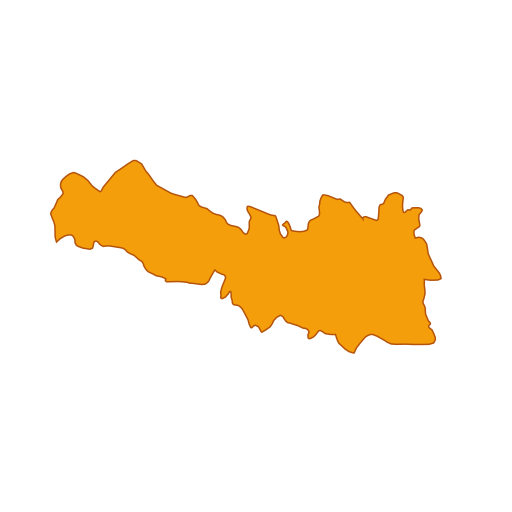 Cao Bang, Cao Bằng, Vietnam (Albers equal-area conic projection), rotated 151°
{"feature_id": "81297802B72621516483988", "entity_name": "Cao Bang", "entity_type": "district", "adm_level": 2, "iso_a3": "VNM", "parent_name": "Vietnam", "parent_adm1": "Cao Bằng", "projection": "albers", "projection_center": [106.26, 22.649], "detail": "fine", "context": "isolated", "style": "filled", "palette": "amber", "viewbox_px": 512, "rotation_deg": 151, "n_neighbors": 0, "source": "geoboundaries", "source_scale": "gbopen_adm2", "svg_char_len": 5474}
<svg xmlns="http://www.w3.org/2000/svg" viewBox="0 0 512 512"><g transform="rotate(151 256 256)"><path d="M402.0,401.5L402.1,401.4L405.3,398.9L409.3,395.9L412.0,394.9L413.5,393.9L414.6,393.1L415.2,392.1L415.4,390.8L416.0,386.5L416.3,383.6L417.2,380.1L419.5,375.6L421.5,371.8L422.5,369.9L423.1,367.4L423.5,366.1L423.7,364.9L418.9,366.1L413.0,366.2L410.4,365.5L408.4,364.7L406.9,363.3L406.3,361.7L406.3,359.8L406.6,357.8L407.9,355.0L407.9,352.4L406.7,350.4L403.4,346.7L398.0,342.5L396.1,342.1L395.3,342.1L394.0,343.2L391.9,345.7L390.7,346.9L389.7,346.9L388.6,346.6L387.5,345.1L387.0,342.2L386.2,340.3L384.9,338.4L383.2,337.8L379.7,336.2L373.3,331.2L369.9,328.5L368.4,327.0L367.4,325.2L366.5,321.7L364.9,319.0L363.4,317.1L362.3,315.6L361.4,313.2L360.1,309.3L358.5,306.6L358.3,305.3L358.3,304.3L358.9,301.2L358.8,298.3L358.6,296.7L357.7,294.2L355.3,290.9L352.7,286.9L351.1,285.7L348.3,283.1L345.9,279.8L347.0,278.9L347.2,278.1L346.6,276.7L342.5,274.6L335.9,271.1L332.4,268.8L328.9,266.3L327.0,264.2L325.8,263.6L324.2,262.5L317.6,257.6L314.7,256.2L312.7,256.1L309.9,256.8L305.7,259.6L299.2,263.6L298.7,263.7L297.7,260.7L296.8,259.5L294.9,257.0L293.0,254.9L292.8,253.3L292.8,252.3L294.2,250.7L298.7,247.1L301.1,245.1L304.4,241.6L305.5,239.1L306.0,238.1L306.8,237.0L307.1,236.2L306.7,235.5L306.2,235.1L302.8,234.9L298.4,236.4L296.3,237.7L295.6,237.4L295.4,237.1L295.6,236.2L296.1,234.9L297.6,232.3L298.4,228.8L299.4,226.3L299.4,224.9L298.9,224.0L295.6,221.5L294.4,219.2L293.7,216.4L293.7,211.6L293.9,204.1L295.0,199.7L295.2,196.9L295.3,196.0L294.8,195.5L294.4,195.3L291.8,196.0L290.1,195.8L288.6,193.6L288.1,192.7L288.2,188.1L288.1,187.1L287.8,186.5L284.9,186.6L284.1,186.6L281.7,186.8L277.9,187.2L274.5,189.0L272.0,190.9L267.7,192.3L264.2,192.3L263.3,192.3L261.9,190.0L261.8,187.3L261.4,184.2L260.7,182.5L258.7,180.7L253.1,174.7L249.8,170.1L247.6,168.5L246.5,166.6L246.3,165.5L246.6,164.0L247.1,163.2L248.8,161.9L249.8,159.9L250.1,158.9L249.6,157.9L247.9,157.4L245.1,157.4L242.7,157.9L237.6,160.1L236.5,159.9L235.8,159.6L234.4,157.3L233.1,154.6L229.1,151.4L225.1,149.0L224.5,148.9L225.3,145.1L225.8,142.0L225.8,139.4L225.4,138.1L224.6,136.0L223.3,131.6L220.9,127.1L217.5,123.7L216.8,123.8L215.1,125.2L212.4,127.1L207.0,129.4L204.1,130.5L199.6,132.1L196.7,132.3L193.4,131.7L191.7,130.5L188.8,126.9L184.2,119.4L183.4,117.6L180.5,113.6L176.4,110.9L167.9,106.4L161.5,102.5L154.9,98.8L147.5,94.9L143.0,93.8L142.9,93.9L141.9,94.3L139.6,96.0L138.7,97.9L138.2,101.5L137.9,106.2L138.7,107.8L139.3,109.3L139.3,110.2L138.8,111.1L137.9,111.6L136.7,111.9L136.1,112.6L136.1,113.6L136.6,115.5L136.5,117.8L135.8,123.1L134.5,125.9L133.3,128.3L132.8,131.0L132.8,133.5L132.0,135.5L130.4,136.8L126.4,141.1L124.5,145.1L123.0,148.8L120.1,154.0L119.9,153.7L115.1,150.2L112.1,148.6L108.5,146.8L105.1,146.5L104.1,149.4L103.9,152.1L104.5,155.8L105.4,161.2L105.1,164.1L104.6,171.1L104.3,174.5L102.5,179.3L100.9,183.9L101.1,186.9L101.4,189.6L102.3,191.4L104.0,193.1L105.4,193.8L108.0,194.4L107.4,197.9L106.1,200.9L104.5,202.0L98.8,202.5L97.9,203.3L97.4,204.5L95.9,209.1L94.0,212.3L93.0,213.2L89.8,214.5L88.3,215.5L88.4,216.4L88.8,217.8L90.6,219.5L96.1,222.4L97.2,222.1L98.4,221.5L99.1,221.5L99.9,222.3L100.9,222.8L103.0,222.4L104.3,221.9L105.2,222.2L105.8,222.9L105.3,225.0L104.2,227.6L102.4,230.7L98.7,235.9L98.8,237.8L100.4,240.5L100.6,240.8L102.3,243.2L104.9,244.4L110.5,245.1L115.3,242.9L118.6,240.3L120.6,239.9L121.9,240.6L123.0,240.4L124.8,238.9L127.5,234.5L131.2,229.1L132.2,228.6L133.5,228.8L137.0,232.7L140.8,237.1L142.8,237.9L144.1,237.7L144.4,237.3L144.6,236.7L145.7,242.0L146.7,246.7L147.3,250.5L147.9,255.7L148.1,257.6L148.9,257.9L150.5,258.6L152.3,260.3L154.0,263.5L154.5,264.9L157.8,266.4L163.7,273.8L167.1,276.6L167.9,276.9L168.2,277.0L171.2,275.1L173.7,272.8L175.2,270.5L177.4,268.1L178.9,264.2L180.2,261.7L181.1,260.9L182.2,260.4L184.3,260.5L187.6,260.5L191.0,260.8L192.7,260.3L194.7,258.7L196.9,255.5L197.9,254.4L198.3,254.0L200.6,254.1L202.5,254.5L206.1,256.1L208.9,258.0L212.4,260.7L212.7,261.5L212.5,262.7L212.0,264.7L211.6,268.5L211.8,270.7L212.5,271.6L213.2,271.5L214.5,270.9L216.4,270.7L217.6,270.3L217.6,269.6L216.9,268.4L216.1,267.3L216.0,266.0L216.2,263.3L216.5,261.4L218.0,259.4L219.8,258.2L221.2,257.9L222.7,258.3L223.4,259.1L223.6,261.4L223.9,263.6L223.2,267.2L222.2,269.5L221.3,271.8L220.6,275.3L220.2,277.4L219.6,280.5L219.8,282.1L222.8,284.3L225.6,287.6L233.5,297.5L237.2,302.1L238.9,303.4L239.8,303.3L240.6,302.3L241.4,300.6L241.5,298.6L241.4,295.7L241.4,293.2L241.6,292.4L242.9,290.9L244.9,289.7L246.2,287.7L248.2,283.9L250.0,282.1L252.4,280.2L253.3,279.8L253.9,280.0L254.6,280.1L255.3,281.1L256.0,283.3L256.2,286.3L256.8,288.0L257.5,289.6L259.5,291.7L263.4,295.1L265.1,297.6L265.5,298.8L265.5,299.7L265.5,299.9L265.3,302.4L265.9,306.0L267.3,308.6L271.2,312.2L273.1,314.6L275.0,318.7L275.8,321.1L279.9,325.2L281.5,328.1L281.3,330.5L281.3,334.1L281.7,336.6L282.4,339.7L284.1,340.8L287.0,340.9L289.0,341.2L289.0,341.3L290.0,342.1L297.4,349.4L300.1,352.4L305.5,361.1L308.6,366.0L309.5,371.3L310.4,379.9L311.2,383.6L311.3,388.4L311.4,391.9L312.8,394.6L314.7,397.7L317.1,399.0L318.6,398.9L323.1,398.7L333.1,397.7L338.4,397.3L347.1,393.9L356.0,390.4L359.8,388.0L360.8,387.7L361.3,388.0L363.7,392.8L365.4,397.0L366.4,403.3L368.5,408.8L370.8,412.2L373.6,416.0L375.2,417.5L379.2,418.2L383.0,417.8L388.2,416.6L390.8,415.1L392.5,413.0L393.4,411.0L393.7,409.8L393.7,406.0L394.2,404.5L395.2,403.7L399.1,402.1L402.0,401.5Z" fill="#f59e0b" stroke="#b45309" stroke-width="1.5"/></g></svg>